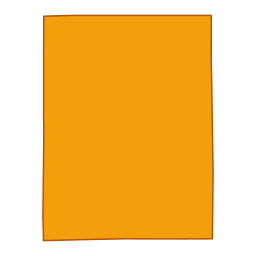 outline of Shelby, Indiana, United States of America
{"feature_id": "52423323B30392961405034", "entity_name": "Shelby", "entity_type": "district", "adm_level": 2, "iso_a3": "USA", "parent_name": "United States of America", "parent_adm1": "Indiana", "projection": "robinson", "projection_center": [-85.79, 39.523], "detail": "fine", "context": "isolated", "style": "filled", "palette": "amber", "viewbox_px": 256, "rotation_deg": 0, "n_neighbors": 0, "source": "geoboundaries", "source_scale": "gbopen_adm2", "svg_char_len": 321}
<svg xmlns="http://www.w3.org/2000/svg" viewBox="0 0 256 256"><path d="M184.1,238.9L212.4,238.8L213.1,173.0L211.5,71.4L211.2,62.0L211.3,16.0L210.9,15.4L73.6,15.4L43.8,16.2L43.6,53.9L43.6,118.4L43.9,127.9L42.9,217.4L43.5,240.6L93.2,239.4L124.1,238.8L184.1,238.9Z" fill="#f59e0b" stroke="#b45309" stroke-width="1.5"/></svg>